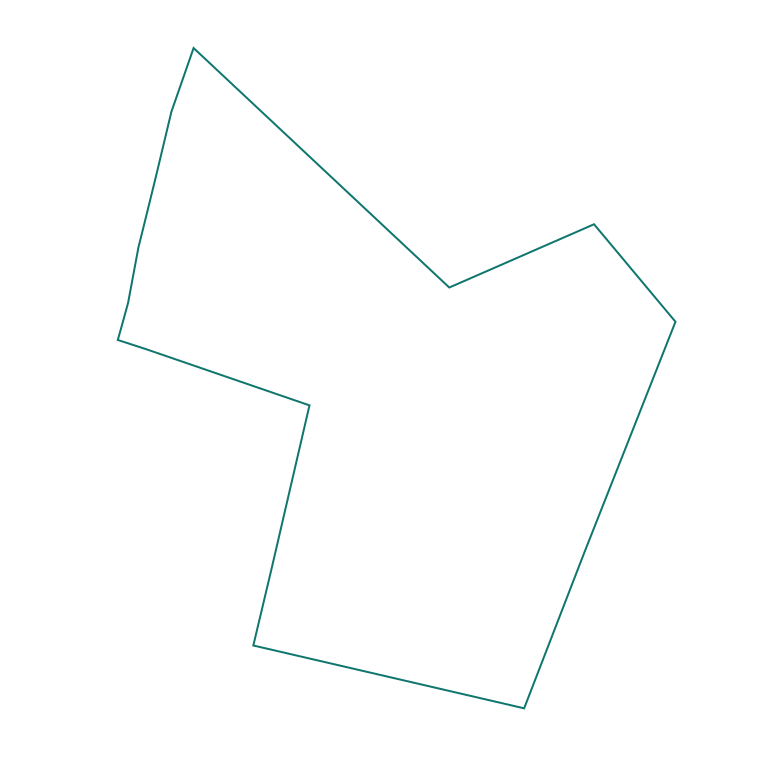 the district of Basseknou, Hodh ech Chargui, Mauritania, rotated 13°
{"feature_id": "47542326B79518958456259", "entity_name": "Basseknou", "entity_type": "district", "adm_level": 2, "iso_a3": "MRT", "parent_name": "Mauritania", "parent_adm1": "Hodh ech Chargui", "projection": "equal_earth", "projection_center": [-6.334, 16.078], "detail": "fine", "context": "isolated", "style": "outline", "palette": "teal", "viewbox_px": 768, "rotation_deg": 13, "n_neighbors": 0, "source": "geoboundaries", "source_scale": "gbopen_adm2", "svg_char_len": 392}
<svg xmlns="http://www.w3.org/2000/svg" viewBox="0 0 768 768"><g transform="rotate(13 384 384)"><path d="M315.5,668.2L593.5,668.5L617.0,503.9L654.0,257.8L552.7,181.1L425.9,275.3L285.6,193.9L122.9,99.5L115.6,166.6L115.1,233.8L114.4,282.6L114.0,306.1L116.4,362.6L115.4,386.7L114.7,401.0L144.3,403.6L316.2,421.6L316.0,589.2L315.5,668.2Z" fill="none" stroke="#0f766e" stroke-width="2"/></g></svg>